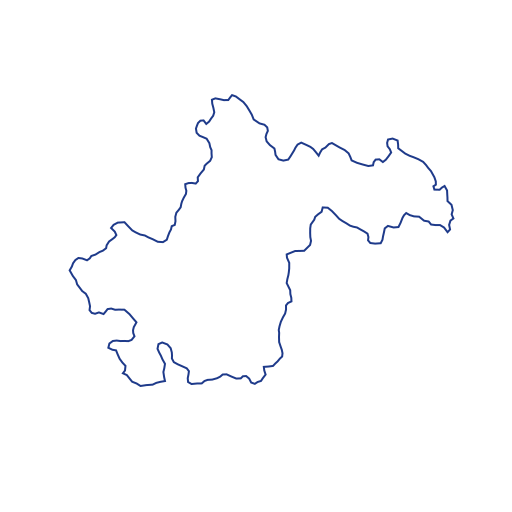 the district of Itanhomi, Minas Gerais, Brazil, rotated 120°
{"feature_id": "56859067B79875314448705", "entity_name": "Itanhomi", "entity_type": "district", "adm_level": 2, "iso_a3": "BRA", "parent_name": "Brazil", "parent_adm1": "Minas Gerais", "projection": "equal_earth", "projection_center": [-41.828, -19.148], "detail": "fine", "context": "isolated", "style": "outline", "palette": "blue", "viewbox_px": 512, "rotation_deg": 120, "n_neighbors": 0, "source": "geoboundaries", "source_scale": "gbopen_adm2", "svg_char_len": 4562}
<svg xmlns="http://www.w3.org/2000/svg" viewBox="0 0 512 512"><g transform="rotate(120 256 256)"><path d="M139.6,102.0L136.0,101.2L132.5,104.3L128.1,105.3L124.8,103.8L122.1,107.4L117.9,108.5L113.9,112.3L112.7,117.6L109.7,119.4L107.3,121.0L103.7,123.3L101.1,127.7L103.8,129.2L106.8,130.1L109.3,134.7L106.9,137.2L104.3,135.9L101.5,137.6L98.6,140.9L96.8,143.9L95.0,146.9L93.6,151.0L92.2,154.2L90.9,158.3L91.0,163.8L91.7,169.1L92.4,173.0L92.7,178.0L92.1,182.6L91.6,186.7L88.5,188.6L85.2,191.1L86.0,196.4L89.1,199.9L92.5,199.0L95.2,196.9L96.6,193.5L98.8,190.7L103.4,191.1L107.7,191.7L111.2,193.1L110.6,197.5L112.7,200.6L115.9,201.0L119.0,200.0L121.9,203.7L123.5,209.7L124.8,215.1L125.4,221.0L123.1,223.8L120.8,227.1L119.9,232.2L120.2,237.9L120.2,246.7L122.6,248.8L127.4,250.1L130.6,252.1L134.3,252.2L137.8,251.9L136.2,255.9L134.7,260.0L134.3,263.5L134.6,267.5L135.2,273.5L138.7,275.7L142.4,276.0L145.5,275.8L152.7,276.0L156.4,276.3L159.7,280.0L161.0,284.9L158.7,289.6L156.0,291.7L153.7,293.8L153.0,299.4L151.4,304.1L148.3,307.1L145.0,308.0L141.7,308.3L139.0,310.6L138.1,314.3L139.4,319.3L138.9,326.3L135.8,330.2L133.7,333.8L130.9,338.9L129.0,343.9L128.5,348.4L127.9,353.2L128.7,357.2L131.3,357.6L134.8,358.0L137.1,361.8L138.1,365.1L139.8,370.0L142.7,372.3L146.0,370.0L149.1,366.9L152.4,364.0L156.0,363.2L159.2,363.6L163.0,363.8L166.5,365.1L164.8,369.2L166.6,371.8L169.8,372.7L172.7,372.3L175.7,371.7L179.0,369.0L180.1,365.1L179.6,361.7L179.1,357.4L181.6,352.8L184.6,350.1L186.6,347.4L189.4,345.8L192.5,343.7L196.5,343.3L200.8,344.9L203.5,345.6L207.2,344.4L212.1,345.3L217.0,345.8L220.2,343.7L223.4,344.4L224.8,348.1L226.6,350.9L229.2,353.2L232.1,351.2L234.4,348.9L237.3,347.7L241.7,347.7L245.5,347.4L248.1,346.8L251.5,345.6L255.0,346.0L258.3,346.6L262.4,345.5L266.2,343.1L269.7,341.9L272.3,343.9L275.5,342.9L278.8,342.8L282.7,342.2L286.5,341.4L290.5,343.5L292.8,348.2L293.1,353.9L293.7,358.6L293.8,362.5L295.3,367.0L295.7,372.2L295.7,376.0L294.1,381.6L292.5,386.8L294.3,389.5L296.2,392.4L300.2,394.9L304.2,395.5L305.5,390.5L307.7,387.4L310.4,387.7L312.9,388.7L316.9,390.5L321.4,390.7L324.2,389.7L328.0,391.3L330.8,393.5L335.0,395.7L338.3,398.6L341.2,398.8L344.2,400.2L345.0,405.2L346.5,408.8L349.8,410.4L353.7,410.8L357.2,410.2L361.6,410.2L364.9,404.6L366.9,399.9L370.0,396.7L371.8,392.4L373.3,388.9L373.8,384.5L376.4,380.2L379.5,377.3L382.5,374.6L386.1,373.1L387.4,369.8L386.5,366.5L383.4,363.8L382.5,359.0L379.2,358.4L376.2,358.0L373.9,355.1L373.0,351.1L371.0,348.0L368.3,343.1L369.6,336.5L371.6,331.0L373.2,326.4L375.9,326.3L378.6,326.3L381.7,325.4L384.1,323.8L386.3,321.1L390.9,321.8L393.5,323.9L395.5,327.7L397.4,330.8L398.9,334.4L401.2,337.5L405.1,339.2L409.3,338.0L409.0,333.5L407.7,330.0L410.3,326.7L413.2,322.7L415.1,318.4L416.4,314.1L420.7,312.2L424.1,312.6L423.7,308.3L425.3,304.3L426.8,300.4L426.1,295.6L426.3,291.0L422.7,286.5L419.1,281.2L415.7,278.9L412.8,275.9L409.8,272.3L406.7,275.1L402.8,278.2L399.1,279.3L394.9,280.9L392.3,285.3L389.9,288.5L388.0,291.6L385.6,294.9L381.1,296.4L377.8,294.0L376.9,288.5L378.5,283.8L381.6,280.7L384.3,278.9L386.8,277.6L389.0,274.1L388.9,269.5L388.4,264.8L387.9,259.8L389.3,256.5L392.2,255.3L396.0,254.0L399.1,251.8L399.1,247.8L395.8,243.2L393.5,239.3L390.0,238.1L387.5,236.0L384.9,232.1L381.3,228.6L378.4,226.7L375.3,225.6L373.2,222.3L372.7,217.1L372.0,211.8L369.6,208.0L366.7,207.2L364.9,204.5L365.6,200.6L368.0,196.9L367.3,193.1L364.3,191.6L361.7,189.2L358.4,189.0L353.9,188.4L351.0,191.6L348.1,193.8L345.4,189.8L342.7,186.3L339.3,185.5L336.5,184.6L332.9,184.0L330.0,183.1L327.0,184.4L324.4,186.7L322.1,189.4L319.0,192.9L314.6,195.6L311.0,197.5L308.7,199.3L305.1,200.5L300.5,201.6L295.5,202.0L291.3,202.0L287.4,203.2L283.8,205.3L280.7,204.8L277.6,202.6L274.6,204.5L271.8,207.2L268.5,209.3L266.3,212.6L264.1,215.9L260.3,217.3L256.4,218.4L253.8,219.4L250.2,221.0L245.3,223.8L242.0,228.3L239.3,230.2L235.8,227.5L232.1,224.6L229.9,220.9L227.4,216.9L223.4,215.8L219.4,214.7L215.4,215.9L212.5,218.4L209.0,220.6L204.9,222.9L201.4,224.3L198.4,224.0L195.5,223.7L192.5,224.3L188.9,223.1L184.9,221.3L180.6,222.5L178.3,218.0L179.1,212.8L180.7,207.2L182.2,202.6L182.5,198.7L182.5,194.1L182.7,189.8L182.0,186.4L180.8,182.8L180.8,179.0L180.7,174.9L180.9,170.6L183.4,168.1L186.4,166.8L187.6,163.5L185.7,159.0L182.6,154.4L178.7,154.6L175.5,155.8L171.9,156.9L167.7,158.3L164.0,156.8L162.5,151.1L159.7,147.1L155.0,147.4L149.6,148.2L146.7,148.2L143.7,147.4L143.7,143.3L142.7,139.0L140.4,134.4L141.4,128.1L139.8,123.7L141.2,120.1L139.5,116.1L137.2,112.1L137.3,107.4L139.6,102.0Z" fill="none" stroke="#1e3a8a" stroke-width="2"/></g></svg>